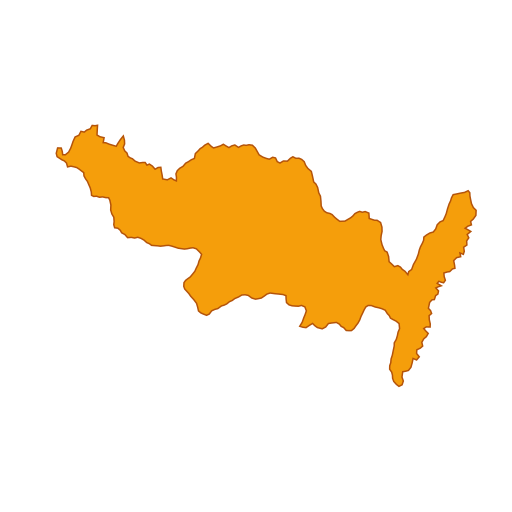 outline of Quartel Geral, Minas Gerais, Brazil, rotated 188°
{"feature_id": "56859067B95369999276489", "entity_name": "Quartel Geral", "entity_type": "district", "adm_level": 2, "iso_a3": "BRA", "parent_name": "Brazil", "parent_adm1": "Minas Gerais", "projection": "equal_earth", "projection_center": [-45.616, -19.26], "detail": "fine", "context": "isolated", "style": "filled", "palette": "amber", "viewbox_px": 512, "rotation_deg": 188, "n_neighbors": 0, "source": "geoboundaries", "source_scale": "gbopen_adm2", "svg_char_len": 5312}
<svg xmlns="http://www.w3.org/2000/svg" viewBox="0 0 512 512"><g transform="rotate(188 256 256)"><path d="M202.9,192.5L199.8,192.0L196.5,192.0L193.9,194.4L190.6,197.1L188.1,195.2L185.3,193.7L180.3,193.1L177.1,195.4L174.9,199.2L172.1,200.1L167.1,201.4L163.9,200.1L161.9,198.2L159.2,197.3L156.3,194.8L153.7,195.0L151.1,195.4L148.8,197.9L147.3,200.9L145.7,203.7L144.4,207.1L143.6,210.8L142.4,214.5L141.4,217.8L140.2,220.8L138.1,222.6L134.9,223.0L130.9,222.1L127.0,221.8L123.9,221.3L120.5,220.3L117.9,217.2L115.8,215.6L114.2,213.2L111.7,212.2L108.2,211.0L104.9,209.0L103.7,204.0L104.7,200.4L104.9,196.9L105.5,192.9L107.0,189.2L106.6,186.1L106.9,181.8L107.2,176.7L107.9,172.8L107.7,169.1L108.3,166.0L107.9,162.5L105.5,159.9L104.3,157.0L103.7,153.9L102.1,150.9L99.1,148.4L96.3,146.8L93.4,148.8L92.7,152.7L94.6,156.4L94.6,161.8L91.6,162.8L89.1,163.9L87.1,167.3L86.5,171.8L86.2,176.4L82.5,175.4L80.3,178.9L83.4,181.8L83.7,185.5L80.5,187.6L78.4,190.0L79.8,193.6L78.3,197.4L76.1,199.8L74.7,203.3L77.6,205.5L79.8,207.5L77.5,209.5L73.7,209.9L74.0,213.0L75.5,217.0L76.3,221.0L74.1,223.5L75.6,226.3L78.0,228.2L77.6,234.2L75.6,237.1L73.3,237.7L72.6,241.8L70.6,243.6L70.4,246.8L73.5,249.4L71.4,250.8L68.4,252.3L72.8,254.1L71.4,256.4L68.9,255.8L66.5,255.6L65.1,258.3L66.8,261.8L67.6,265.3L64.4,266.8L62.0,267.5L59.6,270.6L57.3,271.5L58.1,274.6L59.6,278.9L57.1,282.3L53.2,283.8L54.5,287.4L50.9,286.5L50.4,289.6L51.6,293.6L48.7,296.2L49.5,300.3L47.8,303.6L49.9,306.7L46.7,310.2L49.6,311.4L52.8,312.6L50.2,315.1L47.0,316.8L48.3,320.1L46.0,322.8L43.9,326.8L44.4,331.9L47.5,334.2L49.9,337.8L51.5,342.2L52.5,345.2L53.1,348.4L55.0,350.2L58.3,348.0L62.3,346.7L66.4,345.2L69.3,344.2L70.5,340.8L71.0,337.6L72.0,334.4L72.9,329.4L73.5,324.5L74.3,321.3L75.6,317.1L78.5,315.4L80.9,312.2L81.8,307.8L83.8,304.4L87.0,303.0L90.0,300.6L92.4,298.1L92.2,294.9L93.0,291.9L94.4,288.0L95.1,284.7L95.5,280.5L96.7,275.1L98.9,269.5L100.0,264.3L102.6,261.8L103.0,258.6L106.2,261.5L109.4,263.2L111.4,265.1L114.2,266.2L117.5,264.7L120.5,266.9L123.4,268.9L124.6,273.9L126.7,278.1L129.3,279.1L130.8,281.3L132.8,284.8L134.7,289.6L134.9,293.6L134.6,297.9L135.3,302.1L137.3,306.5L141.0,308.2L143.6,307.9L149.1,308.9L150.2,314.2L154.1,315.2L156.8,314.1L159.5,314.6L161.7,313.4L163.9,311.8L165.8,308.9L167.6,307.0L169.9,305.2L172.8,302.9L177.9,302.0L180.8,303.6L183.5,305.3L186.4,307.6L188.7,308.4L192.0,308.7L194.6,309.9L196.8,312.1L198.4,314.6L199.3,319.3L200.5,324.2L202.6,327.2L204.5,332.4L206.7,335.6L209.2,337.4L210.3,340.5L211.4,343.5L213.0,347.5L216.8,349.9L219.4,352.6L221.4,356.1L224.2,358.0L227.0,358.8L230.2,358.3L233.3,359.4L235.5,357.6L238.1,354.3L242.1,353.9L245.2,351.4L248.1,352.4L250.3,355.8L253.2,356.1L256.3,353.7L259.5,354.1L263.1,354.9L267.0,356.6L269.2,359.5L271.7,362.8L275.0,365.2L278.4,365.2L281.1,364.2L283.6,364.2L286.0,363.0L288.5,361.1L292.4,363.0L295.3,361.7L297.9,359.6L301.0,360.8L303.9,362.1L306.4,360.2L309.9,358.5L313.1,357.1L315.5,358.3L319.1,360.9L322.2,358.6L324.2,356.2L326.2,354.6L327.8,352.2L330.3,349.0L330.6,344.0L333.5,342.3L335.9,340.1L338.6,338.1L340.7,334.7L343.8,332.2L345.8,329.6L346.7,326.2L345.7,322.8L345.3,319.3L347.7,319.9L351.0,321.5L354.4,319.1L359.1,319.3L360.3,323.3L361.6,327.0L362.6,330.6L365.3,330.0L368.0,327.9L371.1,330.6L374.4,332.2L376.6,330.8L378.8,333.2L381.3,332.8L384.5,331.9L388.9,333.1L391.9,335.1L394.3,335.7L396.6,336.9L398.1,340.0L400.6,341.8L402.6,345.0L401.7,348.7L402.4,352.4L404.1,356.4L406.5,352.4L408.5,348.2L409.7,345.2L413.1,345.7L416.9,346.3L420.4,347.2L423.1,347.0L422.9,352.0L427.2,352.4L430.3,353.7L430.8,359.4L431.1,363.4L433.5,362.6L436.4,362.5L437.8,358.9L441.2,357.1L443.3,354.8L446.7,355.1L448.2,350.9L451.7,348.7L453.1,344.0L453.7,340.8L454.5,337.0L456.0,332.8L458.9,329.7L461.5,329.4L462.4,332.6L463.9,335.8L467.5,335.4L468.1,329.9L466.8,326.7L463.8,325.3L461.5,324.2L459.0,323.5L456.6,321.7L455.0,318.0L451.8,319.2L448.7,319.0L445.7,318.6L443.0,317.3L440.6,315.9L438.2,314.6L437.5,311.4L435.5,308.7L433.3,306.4L431.7,303.7L429.6,300.3L428.0,296.4L427.3,293.2L425.0,292.4L422.2,293.0L419.2,292.4L416.1,293.2L413.0,292.9L410.1,293.2L408.5,290.9L406.8,286.3L406.3,281.3L404.6,277.6L402.2,274.6L401.3,270.4L401.2,267.2L399.9,264.3L396.7,264.3L394.0,262.6L392.3,260.3L388.8,259.0L385.7,256.3L382.0,257.1L378.7,256.9L375.7,258.1L372.5,257.5L369.2,256.2L366.1,254.1L363.2,253.3L360.9,252.0L357.4,252.2L354.6,252.4L352.1,252.4L348.9,253.2L346.5,253.9L343.9,254.4L340.9,254.1L337.4,253.5L334.1,252.9L330.6,252.9L327.9,252.9L325.2,253.6L322.2,254.7L319.5,255.4L316.0,254.8L312.4,252.1L310.1,250.1L310.7,246.3L311.7,243.2L312.2,239.4L313.5,235.6L314.4,232.4L316.1,229.5L318.2,226.1L320.4,224.0L322.3,222.1L323.6,219.6L323.3,215.9L322.0,213.4L319.7,211.5L317.3,209.5L315.1,207.1L311.7,204.3L308.3,200.9L306.6,197.1L305.3,193.6L302.8,192.0L300.1,191.2L296.7,190.4L294.2,192.0L292.3,195.5L289.4,197.4L286.5,198.6L283.2,201.8L280.9,202.8L278.3,204.5L276.0,207.0L273.3,208.7L271.1,210.9L267.6,213.0L264.6,215.4L261.4,216.1L258.2,215.9L254.3,213.8L250.5,213.2L248.3,213.9L244.9,215.1L242.1,217.6L239.9,219.8L236.9,221.3L232.3,221.3L228.2,221.5L223.9,221.6L220.8,220.9L220.2,217.6L219.3,214.1L216.5,212.2L213.4,211.7L210.0,211.9L206.9,212.2L204.1,213.4L200.5,212.4L198.5,208.7L199.2,204.9L200.1,201.4L201.0,196.9L202.9,192.5Z" fill="#f59e0b" stroke="#b45309" stroke-width="1.5"/></g></svg>